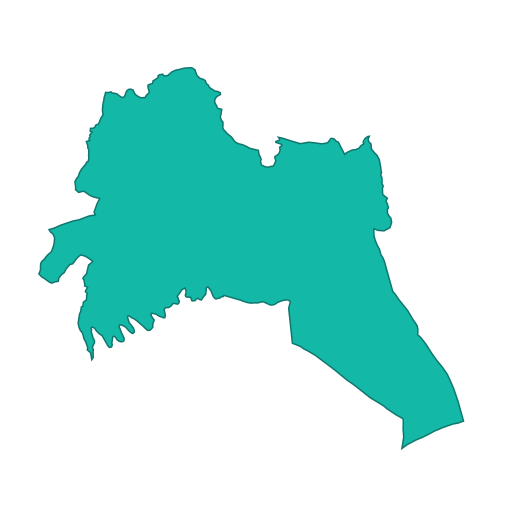 outline of Los Reyes, Veracruz, Mexico, rotated 273°
{"feature_id": "50627088B91246987771554", "entity_name": "Los Reyes", "entity_type": "district", "adm_level": 2, "iso_a3": "MEX", "parent_name": "Mexico", "parent_adm1": "Veracruz", "projection": "orthographic", "projection_center": [-97.042, 18.672], "detail": "fine", "context": "isolated", "style": "filled", "palette": "teal", "viewbox_px": 512, "rotation_deg": 273, "n_neighbors": 0, "source": "geoboundaries", "source_scale": "gbopen_adm2", "svg_char_len": 6020}
<svg xmlns="http://www.w3.org/2000/svg" viewBox="0 0 512 512"><g transform="rotate(273 256 256)"><path d="M71.4,411.8L75.4,416.6L80.6,425.3L83.8,432.0L87.6,438.7L90.4,443.1L92.5,447.6L94.2,450.9L95.8,454.8L98.5,461.4L99.7,466.5L102.0,471.9L121.0,465.5L133.8,460.4L141.3,456.7L147.9,453.2L154.4,448.2L161.3,441.9L168.0,436.6L177.0,430.2L181.4,426.4L183.8,424.2L185.8,421.5L188.2,421.6L191.1,421.5L194.5,420.7L197.2,418.9L200.0,416.6L209.6,410.2L220.2,400.7L225.0,397.1L227.8,394.4L257.6,384.4L261.4,382.5L263.8,380.7L266.7,379.8L269.8,378.6L273.1,376.5L278.5,374.0L282.8,372.7L287.7,372.3L289.4,372.4L288.0,376.3L287.8,382.5L291.3,388.3L296.6,389.7L300.8,388.7L303.6,386.2L306.3,384.9L309.8,384.8L310.6,385.6L311.7,385.7L312.4,385.2L314.9,384.5L317.4,382.9L320.6,384.1L324.0,379.3L330.1,378.7L332.6,379.4L334.6,378.1L340.6,377.7L343.0,376.6L344.0,376.3L345.7,377.0L348.9,376.2L351.1,375.9L358.7,374.1L363.1,371.4L364.8,369.4L368.9,365.6L373.9,365.0L376.2,362.5L378.6,361.9L381.5,362.9L381.2,361.5L379.4,359.1L378.2,358.3L375.5,357.0L373.7,357.8L371.3,354.6L369.8,353.8L368.8,352.9L367.3,349.6L367.0,347.0L366.5,345.8L364.1,341.3L362.1,339.2L374.0,332.3L375.1,329.7L376.8,328.2L377.5,326.0L377.2,324.6L373.6,322.2L372.7,321.2L371.7,317.2L371.5,315.2L372.0,309.9L372.4,302.8L370.5,294.5L372.3,286.7L375.1,276.1L375.7,272.2L374.2,273.4L373.2,273.5L372.3,272.2L371.6,270.0L370.8,269.7L370.4,270.1L369.3,274.4L368.5,276.0L367.1,275.7L366.0,274.0L362.7,274.5L360.7,274.0L359.0,273.2L356.0,269.5L354.8,269.8L352.1,270.8L348.2,269.4L346.3,268.0L346.3,266.0L345.5,264.1L345.4,262.8L345.6,260.5L346.9,257.3L347.5,256.5L350.9,255.5L352.6,256.1L355.5,255.0L356.8,254.0L358.7,253.4L361.4,252.9L361.7,252.7L363.2,244.1L364.7,241.3L366.5,236.6L367.1,233.0L368.0,230.6L369.5,228.5L373.3,225.5L376.8,220.8L380.7,216.9L382.2,216.1L384.5,216.2L387.9,216.0L390.0,214.1L390.7,214.0L392.7,213.1L396.4,213.7L400.7,214.1L401.3,210.5L402.3,209.3L403.9,208.9L405.1,207.9L408.1,206.5L410.9,207.0L413.1,208.4L415.5,212.1L417.2,211.8L418.4,208.8L418.3,207.1L419.7,204.3L421.7,201.0L422.9,199.9L424.1,199.5L425.5,197.4L428.6,196.1L429.7,194.0L430.6,190.6L433.3,187.5L437.5,185.7L438.5,185.5L440.2,183.1L440.6,181.4L440.0,175.5L439.3,172.6L438.4,170.2L437.8,167.6L437.1,165.5L435.4,162.3L431.7,158.5L431.2,156.5L431.0,154.5L432.7,153.3L431.9,150.0L430.7,148.7L429.6,149.1L428.6,148.5L425.5,144.0L424.3,143.9L422.8,143.6L422.5,142.5L421.3,139.5L420.0,139.1L418.9,139.3L417.2,139.8L414.1,140.9L412.7,140.1L410.7,138.0L408.5,137.1L408.0,132.8L408.7,130.9L410.3,127.9L411.9,126.4L413.7,125.3L415.2,124.7L416.1,122.3L415.7,120.0L414.5,118.6L413.1,117.8L410.6,117.1L408.0,116.1L407.3,114.2L407.9,112.7L409.0,110.8L410.6,108.8L411.2,105.8L411.1,104.0L412.3,102.7L411.4,99.5L411.6,97.3L406.0,96.0L403.9,95.9L399.4,95.2L393.3,95.0L390.2,95.7L388.5,95.7L386.1,94.1L379.7,91.9L378.3,89.1L376.4,88.5L375.2,87.2L374.8,84.0L372.1,83.8L371.3,85.8L368.0,83.6L366.5,84.4L365.3,83.3L363.7,83.2L362.7,83.9L361.4,80.6L357.8,82.1L355.3,82.4L353.0,83.5L347.4,83.6L344.9,84.0L341.4,83.3L340.8,81.8L339.7,81.6L338.3,80.8L333.5,77.1L330.0,75.4L326.2,74.4L323.9,72.7L320.7,71.3L314.6,72.4L312.8,72.3L310.3,75.4L310.6,77.1L311.3,78.5L311.6,80.8L307.8,87.0L306.5,90.3L305.3,96.9L299.4,94.4L291.3,92.0L288.6,93.4L287.2,87.1L282.9,77.3L281.3,71.2L276.9,60.1L273.3,52.9L271.5,47.9L269.3,49.4L267.3,52.1L263.8,53.9L258.6,53.8L256.0,53.4L250.6,51.8L248.7,50.7L247.1,48.8L244.8,46.8L241.8,44.8L239.5,42.5L237.5,41.5L235.3,41.3L231.3,41.5L229.4,41.1L226.8,40.1L223.5,43.6L222.9,45.1L219.0,51.2L218.2,53.6L219.5,56.0L220.4,59.9L223.6,60.2L227.4,62.9L229.2,65.2L232.5,66.8L235.0,68.3L237.8,70.7L238.6,73.4L243.8,76.8L246.4,79.1L247.9,81.0L246.8,85.7L245.5,88.1L242.2,93.3L240.0,91.3L238.3,89.3L232.4,88.2L229.7,87.9L225.6,84.7L224.4,84.3L223.3,85.4L218.5,86.5L217.2,86.4L215.9,89.5L212.7,87.8L211.4,87.5L209.7,89.6L207.4,88.9L205.5,89.1L203.3,88.9L200.8,86.0L196.8,85.7L196.0,84.3L191.4,83.8L188.8,82.8L179.7,81.9L176.7,82.6L174.8,83.3L172.8,84.3L171.6,85.2L170.2,86.6L168.1,87.4L164.4,88.5L160.8,90.7L155.5,92.8L153.4,92.4L150.7,95.9L143.9,97.4L146.1,98.7L152.0,98.3L153.9,98.4L156.4,97.3L161.1,99.3L163.4,99.0L165.3,97.7L171.5,95.5L174.1,95.6L175.2,95.0L176.5,95.7L175.4,98.8L173.7,99.8L172.6,100.8L169.8,104.0L168.4,106.5L159.3,112.3L157.6,113.6L157.0,114.7L157.6,116.4L158.5,116.8L159.9,117.1L161.4,116.6L167.8,117.2L168.4,117.8L168.3,118.9L166.9,120.4L165.3,121.3L163.6,123.9L163.3,125.8L163.5,127.4L164.5,128.6L166.9,128.6L173.1,125.3L176.5,123.9L178.3,122.8L180.2,123.7L179.9,125.7L178.4,129.2L174.0,133.7L172.3,136.2L172.3,137.2L173.3,138.3L174.6,138.5L177.7,137.3L182.8,132.9L188.0,130.9L189.4,131.2L189.5,132.4L187.6,135.6L186.8,137.8L184.7,140.9L180.1,146.8L177.4,149.8L176.1,151.6L176.1,153.1L176.7,154.4L179.3,156.6L180.8,156.7L182.5,156.4L186.7,157.7L188.8,155.9L191.5,154.2L193.1,154.5L193.3,155.9L192.9,158.2L192.3,160.0L191.2,161.7L190.5,163.4L190.2,165.0L189.4,167.1L189.7,168.3L192.1,168.5L197.8,167.1L199.8,168.5L199.9,171.4L201.6,173.8L204.4,175.8L204.1,178.4L203.8,180.3L205.1,181.5L206.9,181.8L208.8,180.7L210.4,180.3L211.5,179.3L216.3,182.6L218.6,183.9L220.3,186.6L218.3,187.7L216.2,188.1L213.4,187.5L212.2,187.8L211.4,188.8L211.3,192.9L208.3,194.1L207.8,194.6L208.1,196.1L208.1,197.4L209.7,198.5L210.7,200.1L209.4,202.4L209.3,203.9L211.6,205.0L215.2,207.8L221.3,208.1L222.2,208.5L222.6,209.7L219.4,212.4L218.3,213.1L214.5,214.8L212.4,216.2L211.2,217.5L211.1,218.7L211.8,220.5L212.1,222.2L213.7,223.7L213.7,225.4L215.0,226.1L211.0,243.2L210.3,245.1L208.9,250.6L208.7,253.8L209.2,257.5L209.2,260.2L210.2,263.1L210.7,265.5L207.8,273.0L207.9,274.6L208.5,277.0L210.8,280.1L212.0,282.7L213.0,285.2L213.9,289.6L212.9,292.3L211.2,292.5L209.8,292.3L208.0,291.8L205.4,291.4L170.9,296.9L170.3,298.1L169.7,300.3L167.7,305.7L165.9,308.3L163.9,312.8L159.8,320.6L146.8,339.9L137.1,353.0L132.1,361.1L120.5,377.4L113.0,391.3L110.2,394.9L104.6,404.4L101.3,411.1L100.2,411.5L98.9,411.7L90.8,412.0L82.8,413.0L71.4,411.8Z" fill="#14b8a6" stroke="#0f766e" stroke-width="1.5"/></g></svg>